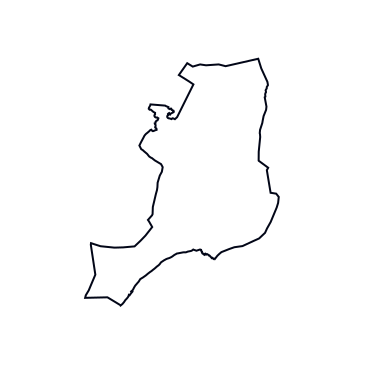 Argungu, Kebbi, Nigeria, rotated 124°
{"feature_id": "59680162B80605638185127", "entity_name": "Argungu", "entity_type": "district", "adm_level": 2, "iso_a3": "NGA", "parent_name": "Nigeria", "parent_adm1": "Kebbi", "projection": "mercator", "projection_center": [4.517, 12.694], "detail": "fine", "context": "isolated", "style": "outline", "palette": "ink", "viewbox_px": 384, "rotation_deg": 124, "n_neighbors": 0, "source": "geoboundaries", "source_scale": "gbopen_adm2", "svg_char_len": 5121}
<svg xmlns="http://www.w3.org/2000/svg" viewBox="0 0 384 384"><g transform="rotate(124 192 192)"><path d="M185.0,108.6L180.3,109.4L172.9,110.0L157.5,113.1L152.9,114.5L147.6,117.3L146.3,121.3L148.7,126.4L132.0,142.2L130.1,142.3L129.3,142.4L128.8,154.1L128.7,154.3L121.3,159.2L108.3,166.2L106.0,168.0L105.4,168.7L102.5,170.3L95.5,172.3L93.3,173.3L89.0,175.1L82.5,176.5L79.6,178.0L72.8,184.7L71.9,184.5L70.2,185.9L69.1,186.4L68.1,186.4L67.1,187.1L66.7,187.7L65.8,188.0L64.5,187.9L63.2,188.7L60.9,188.8L58.5,191.1L50.8,203.7L44.5,211.6L68.9,234.5L71.3,241.2L79.1,251.2L81.7,256.6L87.6,261.5L87.9,268.0L102.4,268.3L102.0,256.4L102.0,251.0L138.3,246.2L141.2,246.9L141.3,247.7L141.6,249.1L141.9,249.5L143.0,249.7L143.3,250.8L143.6,251.9L144.0,252.6L144.1,253.5L143.6,254.6L142.6,255.0L141.8,254.7L141.2,255.3L140.8,255.6L139.9,255.4L139.3,255.1L139.5,254.6L140.1,254.1L140.1,253.5L139.3,253.5L138.6,253.3L137.7,252.8L136.7,252.2L135.7,251.9L135.0,252.7L135.3,253.3L135.0,253.9L135.3,254.7L134.5,255.8L134.8,256.3L135.7,256.8L135.9,258.2L135.6,258.7L134.8,259.0L134.9,259.7L135.3,261.1L135.4,262.6L142.6,275.4L143.7,275.0L145.0,274.9L146.2,274.8L147.2,274.4L147.5,273.2L146.8,272.4L146.9,271.1L147.2,268.8L147.0,266.9L147.7,266.5L148.1,266.1L148.7,266.0L149.4,266.1L150.1,265.5L150.5,264.7L150.4,264.1L150.4,263.3L149.7,262.6L149.7,261.6L149.7,261.1L150.4,260.9L151.4,260.7L152.0,260.7L152.5,261.2L153.3,261.4L154.4,261.4L154.6,261.1L155.2,260.8L155.7,260.9L156.0,261.2L156.3,260.9L156.5,260.5L156.6,259.9L157.2,259.4L157.7,259.0L158.3,259.0L159.1,258.6L159.2,257.9L159.2,257.2L159.7,256.5L160.3,256.1L161.5,257.1L163.0,258.0L163.5,258.6L163.5,259.4L163.4,259.7L163.1,260.6L164.0,261.2L165.3,261.4L167.9,262.1L169.4,262.6L170.6,262.8L172.0,262.9L174.4,262.6L179.3,262.1L182.9,261.6L184.9,258.0L184.8,256.3L185.1,254.3L185.5,250.5L186.5,247.4L186.5,245.3L186.3,244.2L186.6,240.5L186.2,233.2L187.8,230.2L192.1,228.3L196.4,227.9L203.5,225.7L207.3,223.4L210.0,222.1L213.9,220.8L220.2,218.4L226.3,216.1L232.4,212.3L233.7,212.1L239.8,212.9L240.4,211.3L243.3,205.4L254.2,206.2L261.1,207.4L269.2,209.2L276.4,218.1L281.5,225.2L288.1,237.5L290.9,247.1L292.3,246.4L314.6,225.9L326.3,223.6L331.3,222.6L337.0,222.3L339.5,221.4L326.6,203.2L326.1,193.3L325.9,188.8L325.8,187.8L325.9,187.7L325.4,187.5L324.5,187.3L324.0,187.1L323.3,187.0L322.2,186.9L321.5,186.8L320.3,186.8L319.5,186.8L318.5,186.8L317.8,186.6L317.0,186.5L316.2,186.4L315.2,186.3L314.1,186.4L313.2,186.6L312.6,186.8L312.5,186.0L309.6,185.9L309.2,185.8L308.2,185.7L308.4,186.8L308.2,186.8L307.8,186.6L307.3,186.5L306.9,186.4L306.3,186.3L305.9,186.3L305.6,186.3L305.2,186.4L304.7,186.5L304.2,186.5L303.7,186.6L303.1,186.6L302.5,186.7L302.0,186.7L301.4,186.7L301.0,186.7L300.6,186.6L300.1,186.6L299.6,186.5L298.7,186.4L297.7,186.3L297.1,186.2L296.4,186.1L295.4,186.1L294.7,186.1L293.7,186.2L293.2,186.2L292.9,186.0L292.5,185.9L291.6,185.5L290.6,185.0L287.2,183.7L286.3,183.4L286.0,183.4L285.5,183.2L284.4,182.9L281.7,182.0L280.3,181.4L278.2,180.8L277.4,180.5L276.7,180.3L276.5,180.2L276.0,180.1L275.4,179.9L274.9,179.8L274.6,179.7L274.0,179.6L273.6,179.5L273.2,179.3L272.7,179.2L272.2,179.0L271.7,178.8L271.2,178.7L270.8,178.6L270.4,178.5L270.0,178.5L269.5,178.4L269.0,178.4L268.4,178.4L268.0,178.4L267.6,178.3L267.4,178.3L267.0,178.1L266.5,177.9L266.0,177.7L265.3,177.4L264.3,177.0L263.6,176.7L263.2,176.4L262.5,176.1L261.8,175.7L260.8,175.0L260.1,174.4L259.0,173.6L257.6,172.8L256.3,172.2L254.5,171.6L253.4,171.1L252.7,170.7L252.0,170.4L251.4,170.1L251.0,169.6L250.6,169.2L249.9,168.5L249.2,167.8L248.2,166.8L247.0,165.6L246.5,164.9L246.1,164.4L245.9,164.0L245.7,163.7L245.5,163.4L245.1,163.1L244.4,162.6L243.8,162.2L243.3,161.7L242.7,161.1L242.2,160.6L241.6,160.0L241.2,159.7L240.8,159.4L240.2,159.2L239.6,159.0L239.0,158.8L238.9,158.1L238.6,157.1L238.2,155.5L235.2,153.2L234.9,152.2L235.1,152.1L235.3,152.0L235.4,151.8L235.6,151.6L235.6,151.4L235.7,151.2L235.7,150.9L235.7,150.7L235.8,150.4L236.1,150.3L236.4,150.2L236.5,150.1L236.7,149.8L236.7,149.7L236.8,149.5L236.9,149.4L236.9,149.2L236.8,148.8L236.9,148.7L236.9,148.3L237.1,148.3L237.1,148.2L237.0,147.9L237.0,147.7L237.1,147.3L237.1,147.2L237.2,146.9L237.2,146.7L236.9,146.7L236.7,146.4L236.5,146.6L236.4,146.7L236.3,146.8L236.2,146.8L235.9,146.7L235.7,146.5L235.6,146.4L235.7,146.2L235.8,146.2L235.7,145.9L235.7,145.7L235.6,145.4L235.7,145.2L235.4,145.1L235.2,145.0L235.1,144.9L235.1,144.6L235.0,144.4L235.0,144.2L235.0,143.8L235.0,143.7L235.0,143.3L235.0,143.2L234.9,143.1L234.9,142.8L235.0,142.7L235.1,142.4L235.2,142.2L235.0,141.9L234.9,141.8L234.9,141.7L235.0,141.4L235.1,141.2L235.1,140.9L235.2,140.6L235.3,140.5L235.3,140.3L235.3,140.2L235.4,139.9L235.4,139.7L235.4,139.4L235.5,139.4L235.6,139.2L235.6,138.9L235.6,138.7L235.8,138.5L235.8,138.4L235.6,138.2L235.4,138.3L235.2,138.3L235.2,138.2L235.2,137.9L235.3,137.9L235.3,137.7L235.3,137.4L235.2,137.3L235.2,137.2L235.3,136.9L235.4,136.7L235.2,136.6L234.9,136.4L234.7,136.2L234.6,135.9L234.7,135.6L230.6,135.3L228.3,134.8L225.4,134.0L218.4,129.2L214.1,126.0L208.6,119.9L198.5,113.8L193.0,110.4L185.0,108.6Z" fill="none" stroke="#020617" stroke-width="2"/></g></svg>